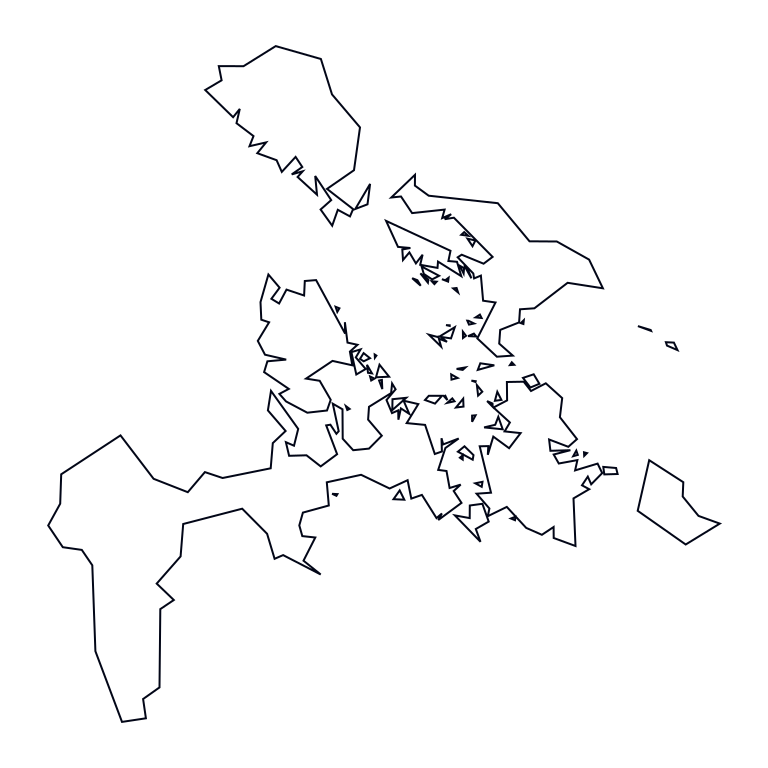 Bocas del Toro, Bocas del Toro, Panama
{"feature_id": "35544464B73365109430870", "entity_name": "Bocas del Toro", "entity_type": "district", "adm_level": 2, "iso_a3": "PAN", "parent_name": "Panama", "parent_adm1": "Bocas del Toro", "projection": "orthographic", "projection_center": [-82.201, 9.231], "detail": "fine", "context": "isolated", "style": "outline", "palette": "ink", "viewbox_px": 768, "rotation_deg": 0, "n_neighbors": 0, "source": "geoboundaries", "source_scale": "gbopen_adm2", "svg_char_len": 6161}
<svg xmlns="http://www.w3.org/2000/svg" viewBox="0 0 768 768"><path d="M272.8,443.1L270.7,468.3L222.6,478.0L204.9,472.1L187.8,492.2L153.6,478.8L120.5,435.4L61.2,474.3L60.2,503.7L48.2,525.5L62.8,547.2L81.8,549.9L92.3,565.3L95.4,651.2L122.0,721.9L145.9,718.3L143.1,699.0L159.5,687.4L160.3,609.1L173.8,600.0L156.7,583.6L180.6,556.4L183.2,524.0L242.2,508.7L267.1,533.8L274.6,558.8L283.1,555.1L320.7,574.5L303.5,560.7L315.3,537.5L302.3,536.1L299.3,525.4L302.9,512.6L328.8,505.5L326.8,482.3L361.1,474.8L389.6,488.5L407.6,480.2L411.3,498.6L421.9,494.9L436.5,518.1L441.9,513.5L438.3,520.0L461.5,502.9L453.7,491.0L460.7,484.6L449.6,488.0L446.5,471.0L438.2,469.9L445.4,448.0L458.7,438.5L443.2,444.4L441.5,438.2L441.9,451.5L434.8,454.0L425.1,424.9L406.7,423.1L418.3,404.1L403.6,400.7L409.3,413.9L400.9,408.4L398.4,419.7L398.2,410.4L392.0,413.1L386.5,400.0L395.6,389.3L392.1,383.5L391.1,393.1L369.0,406.8L368.1,419.6L381.8,435.7L369.0,448.6L353.2,450.2L342.7,438.7L342.5,409.3L332.8,403.7L338.7,431.2L336.4,433.8L330.4,424.7L326.2,425.4L337.1,454.2L320.7,466.4L306.5,455.3L289.1,455.8L285.9,442.2L294.0,445.7L298.2,428.9L271.0,390.9L267.9,410.4L285.6,431.0L272.8,443.1ZM320.9,59.0L275.7,46.1L243.5,66.2L218.8,66.1L221.6,80.3L205.2,90.0L233.1,117.2L239.8,108.9L236.5,123.2L253.5,136.1L249.5,146.2L266.1,142.4L257.3,153.2L276.6,160.2L281.8,171.9L295.6,156.9L302.3,167.0L291.7,174.4L302.7,171.3L297.6,177.0L317.0,194.7L315.2,176.0L331.2,200.1L320.6,209.5L332.2,225.7L337.8,209.8L350.0,216.4L353.1,209.1L327.0,188.9L354.0,170.2L360.0,127.4L332.0,94.4L320.9,59.0ZM523.7,381.7L506.9,382.0L507.1,400.4L493.5,407.5L509.9,422.5L504.6,431.4L520.6,433.1L509.1,448.2L493.3,436.6L487.8,454.8L488.3,446.1L479.7,446.3L491.0,492.7L476.6,493.7L489.4,508.5L487.8,516.2L506.8,506.9L526.2,527.9L541.9,534.8L553.6,527.0L553.7,538.0L575.5,546.0L573.5,498.4L589.2,489.2L582.0,485.3L587.8,476.6L591.2,484.3L602.2,473.1L597.6,463.6L575.1,470.4L577.4,460.1L558.8,463.5L553.7,454.5L570.4,450.2L550.4,450.8L549.1,439.5L568.3,446.8L577.0,439.1L559.9,417.2L562.2,398.1L545.8,383.3L531.0,391.0L523.7,381.7ZM428.7,195.7L414.9,185.6L415.0,174.8L391.3,197.5L401.0,196.5L412.1,213.1L444.6,209.6L442.2,218.1L451.2,214.2L444.7,219.2L453.9,217.7L492.6,256.9L483.6,263.7L461.7,254.7L457.7,257.3L473.3,273.5L474.1,278.4L480.9,275.6L483.1,300.7L495.5,302.5L477.3,338.4L496.9,356.7L512.8,355.6L499.2,343.6L500.2,329.9L519.1,322.4L520.0,309.3L534.4,308.3L567.6,282.8L602.9,288.3L589.1,259.6L556.8,241.5L529.5,241.3L497.8,203.2L428.7,195.7ZM279.6,287.7L268.4,274.5L260.5,302.1L261.3,319.7L269.1,322.3L257.8,340.9L265.0,354.7L286.2,359.6L267.4,361.3L264.1,372.1L288.8,388.9L279.4,393.9L286.0,401.4L307.3,412.7L327.0,410.5L330.7,399.8L319.7,380.8L306.1,378.6L332.5,360.9L352.3,365.3L349.9,351.6L357.5,344.8L347.5,342.6L344.9,322.2L345.1,333.6L316.1,280.1L304.8,281.0L304.1,295.5L286.5,289.6L279.1,303.5L271.4,298.8L279.6,287.7ZM683.3,482.2L649.2,460.2L637.7,510.8L685.7,544.5L719.8,523.6L698.5,515.9L682.7,496.5L683.3,482.2ZM386.1,220.9L398.0,246.9L410.4,248.0L402.3,249.5L403.0,260.0L409.4,252.4L415.9,263.4L422.6,254.7L420.2,264.8L437.5,267.9L438.0,261.6L461.3,276.2L457.0,261.8L448.4,261.0L450.5,250.8L386.1,220.9ZM482.4,503.8L469.8,505.5L469.7,518.1L454.9,515.4L480.5,541.8L475.8,529.0L488.7,521.6L482.4,503.8ZM355.3,209.0L367.5,204.3L370.1,183.9L355.3,209.0ZM360.6,349.4L351.4,352.1L356.3,374.5L365.7,369.0L355.8,357.4L360.6,349.4ZM533.7,374.3L523.0,377.9L530.4,387.5L539.4,383.8L533.7,374.3ZM502.7,429.3L498.3,416.8L495.2,424.8L484.1,427.4L502.7,429.3ZM603.3,466.9L604.3,474.4L617.6,474.0L616.1,468.0L603.3,466.9ZM454.8,327.2L438.4,337.2L428.9,334.7L441.1,346.6L438.9,338.7L447.0,341.8L440.8,336.9L451.0,338.4L454.8,327.2ZM406.2,397.8L392.5,399.2L392.3,410.1L406.2,397.8ZM379.5,364.7L376.0,377.3L389.1,376.7L379.5,364.7ZM494.3,365.3L480.3,363.3L477.8,369.9L494.3,365.3ZM421.6,266.5L423.8,273.9L432.1,279.4L439.1,275.8L421.6,266.5ZM464.5,446.3L457.9,451.7L472.7,459.7L473.5,455.1L464.5,446.3ZM677.5,350.1L673.9,342.6L665.9,342.2L667.0,345.6L677.5,350.1ZM442.0,395.8L428.8,395.8L425.0,400.0L435.0,403.6L442.0,395.8ZM372.0,373.4L367.0,364.8L368.0,372.8L372.0,373.4ZM404.3,499.7L399.7,490.4L393.5,499.2L404.3,499.7ZM463.5,406.6L463.2,398.7L456.0,407.5L463.5,406.6ZM471.4,278.3L467.1,267.6L464.2,265.3L471.4,278.3ZM370.0,358.2L363.6,353.1L360.0,358.9L363.7,361.3L370.0,358.2ZM482.3,391.7L476.9,385.1L478.1,395.6L482.3,391.7ZM501.4,399.9L497.3,391.8L494.9,400.8L501.4,399.9ZM428.3,279.6L420.4,273.4L427.9,282.7L428.3,279.6ZM382.3,389.1L381.9,379.9L379.1,380.5L382.3,389.1ZM650.7,330.0L637.9,326.1L651.1,330.9L650.7,330.0ZM420.7,285.7L417.4,280.2L412.2,278.2L420.7,285.7ZM472.1,421.8L475.6,415.3L472.1,415.6L472.1,421.8ZM464.1,268.2L459.7,265.7L463.6,273.5L464.1,268.2ZM584.2,455.9L587.0,453.1L584.0,452.3L584.2,455.9ZM465.5,367.4L456.6,368.9L462.7,369.9L465.5,367.4ZM481.7,486.8L482.5,481.8L475.3,483.3L481.7,486.8ZM573.2,456.2L577.8,454.9L576.3,450.6L573.2,456.2ZM492.5,403.5L487.1,401.1L492.7,406.8L492.5,403.5ZM473.9,333.6L468.1,336.1L476.3,336.5L473.9,333.6ZM447.2,402.9L454.5,401.3L452.3,398.4L447.2,402.9ZM457.6,378.0L451.2,374.4L451.5,379.6L457.6,378.0ZM336.4,495.8L337.4,494.1L332.1,493.8L336.4,495.8ZM475.4,240.5L467.5,238.7L472.5,246.2L475.4,240.5ZM474.1,323.5L468.5,320.8L467.3,320.7L469.0,324.6L474.1,323.5ZM349.6,408.9L345.9,406.1L347.3,410.0L349.6,408.9ZM481.6,318.0L479.9,314.6L475.6,317.4L481.6,318.0ZM514.2,364.8L511.8,362.3L509.9,365.1L514.2,364.8ZM523.4,324.0L523.8,320.2L520.8,323.1L523.4,324.0ZM466.0,335.8L462.9,331.7L463.0,338.0L466.0,335.8ZM374.5,378.6L370.1,376.5L371.2,380.5L374.5,378.6ZM448.1,281.6L448.6,277.7L445.3,280.2L441.9,279.2L448.1,281.6ZM446.0,325.1L449.7,325.9L449.7,325.3L446.0,325.1ZM515.5,516.7L510.9,518.5L515.0,520.2L515.5,516.7ZM468.3,235.8L464.2,232.1L461.3,234.8L468.3,235.8ZM434.4,284.1L436.6,281.7L431.8,281.3L434.4,284.1ZM462.7,459.6L462.8,455.2L459.9,457.7L462.7,459.6ZM475.7,381.2L471.4,380.6L475.5,382.0L475.7,381.2ZM444.0,396.3L447.4,400.1L445.3,395.7L444.0,396.3ZM376.4,355.6L374.7,354.5L374.9,357.7L376.4,355.6ZM456.6,288.0L453.2,288.4L458.1,292.5L456.6,288.0ZM337.3,311.9L339.4,308.3L335.6,306.8L337.3,311.9Z" fill="none" stroke="#020617" stroke-width="2"/></svg>